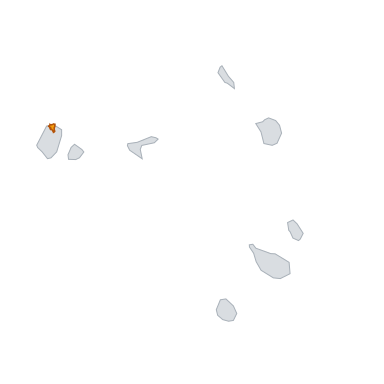 Nossa Senhora Do Rosario, Ribeira Grande, Cabo Verde (highlighted), rotated 329°
{"feature_id": "66160863B91585848329276", "entity_name": "Nossa Senhora Do Rosario", "entity_type": "district", "adm_level": 2, "iso_a3": "CPV", "parent_name": "Cabo Verde", "parent_adm1": "Ribeira Grande", "projection": "equal_earth", "projection_center": [-25.054, 17.15], "detail": "fine", "context": "in_parent", "style": "filled", "palette": "amber", "viewbox_px": 384, "rotation_deg": 329, "n_neighbors": 0, "source": "geoboundaries", "source_scale": "gbopen_adm2", "svg_char_len": 2679}
<svg xmlns="http://www.w3.org/2000/svg" viewBox="0 0 384 384"><g transform="rotate(329 192 192)"><path d="M239.0,302.3L234.0,312.5L223.1,311.7L217.5,307.5L210.9,294.7L211.1,284.8L213.3,276.2L212.9,268.8L213.9,266.8L217.2,268.1L217.8,273.1L227.8,285.4L231.4,287.8L239.0,302.3ZM96.7,87.9L88.7,90.1L85.3,89.0L84.2,80.3L82.6,74.5L83.0,71.9L101.3,60.6L107.8,62.5L112.3,71.5L109.3,76.5L96.7,87.9ZM281.9,166.2L288.8,168.2L291.4,167.5L295.8,167.9L300.5,173.8L301.4,179.9L299.1,187.7L290.0,194.0L284.8,193.3L278.6,187.5L282.1,176.0L281.9,166.2ZM167.8,319.2L161.3,323.4L156.8,321.6L152.6,317.2L150.5,310.9L152.2,305.4L160.8,299.0L166.0,301.1L168.8,311.0L167.8,319.2ZM185.6,123.6L189.0,126.9L190.2,129.2L185.1,130.4L172.9,126.2L169.6,128.8L166.4,137.9L160.1,124.1L160.5,119.0L161.9,117.5L170.6,121.2L185.6,123.6ZM260.6,288.1L258.3,288.5L254.8,283.5L255.6,276.6L255.2,274.7L258.2,267.4L264.2,268.0L265.7,273.5L266.0,284.7L260.6,288.1ZM119.9,102.0L113.2,104.7L109.0,104.3L103.0,100.4L104.9,96.2L111.4,91.5L115.9,90.6L119.5,98.9L119.9,102.0ZM284.2,119.6L281.6,125.2L278.3,116.9L276.6,115.0L275.7,103.1L280.4,99.5L282.7,99.2L282.8,111.5L284.2,119.6Z" fill="#d9dde1" stroke="#a8b0b8" stroke-width="1"/><path d="M102.9,61.9L103.0,62.0L103.2,62.3L103.3,62.5L103.3,62.8L103.4,63.0L103.4,63.3L103.3,63.5L103.2,63.8L103.3,63.9L103.2,63.9L103.2,64.0L103.3,64.0L103.2,64.1L103.1,64.3L103.1,64.5L103.0,64.8L103.0,65.0L103.0,65.3L103.2,65.2L103.3,65.1L103.5,65.1L103.7,65.3L103.7,65.5L103.8,65.7L103.8,65.8L103.9,66.0L103.9,66.4L103.9,66.5L104.0,66.6L104.1,66.8L104.1,67.0L104.1,67.3L104.2,67.6L104.3,67.8L104.2,67.8L104.2,68.0L104.1,68.3L104.0,68.5L104.3,68.7L104.2,68.9L104.2,69.0L104.2,69.3L104.1,69.5L104.3,69.5L104.5,69.4L104.8,69.6L105.0,69.5L105.1,69.3L105.2,69.2L105.3,69.2L105.4,69.3L105.5,69.3L105.5,69.2L105.6,68.9L105.7,68.6L105.8,68.6L105.8,68.4L105.8,68.2L106.0,67.9L106.0,67.7L106.2,67.4L106.2,67.2L106.3,67.1L106.3,66.9L106.5,66.8L106.6,66.7L106.8,66.4L106.9,66.2L107.0,66.1L107.0,65.9L107.3,65.7L107.5,65.7L107.8,65.5L108.0,65.4L108.1,65.2L108.3,65.1L108.3,64.9L108.4,64.7L108.5,64.7L108.6,64.4L108.8,64.2L108.9,63.9L109.0,63.8L108.9,63.8L108.9,63.7L109.0,63.5L109.0,63.4L109.1,63.2L109.3,63.1L109.2,63.1L109.0,62.9L108.9,62.8L108.9,62.7L108.7,62.5L108.5,62.4L108.4,62.4L108.2,62.4L108.0,62.2L107.9,62.0L107.9,62.3L107.7,62.3L107.4,62.3L107.2,62.3L106.8,62.2L106.5,62.1L106.3,62.1L106.2,62.0L106.0,61.8L105.8,61.8L105.6,61.6L105.4,61.6L105.2,61.5L105.0,61.4L104.9,61.3L104.9,61.2L104.8,61.3L104.7,61.3L104.6,61.5L104.4,61.5L104.2,61.6L103.9,61.7L103.8,61.8L103.7,61.8L103.4,61.8L103.2,61.7L103.0,61.8L102.9,61.9L102.9,61.9Z" fill="#f59e0b" stroke="#b45309" stroke-width="1.5"/></g></svg>